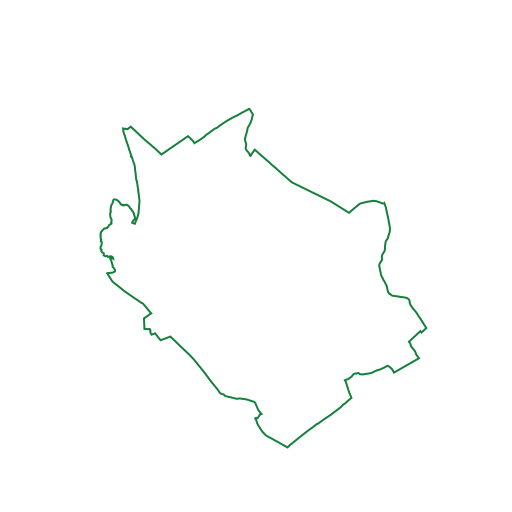 the district of Romani, Neamt, Romania, rotated 320°
{"feature_id": "2599482B46958665010452", "entity_name": "Romani", "entity_type": "district", "adm_level": 2, "iso_a3": "ROU", "parent_name": "Romania", "parent_adm1": "Neamt", "projection": "natural_earth1", "projection_center": [26.711, 46.815], "detail": "fine", "context": "isolated", "style": "outline", "palette": "green", "viewbox_px": 512, "rotation_deg": 320, "n_neighbors": 0, "source": "geoboundaries", "source_scale": "gbopen_adm2", "svg_char_len": 6133}
<svg xmlns="http://www.w3.org/2000/svg" viewBox="0 0 512 512"><g transform="rotate(320 256 256)"><path d="M340.1,420.7L341.6,410.0L342.0,405.7L342.5,402.8L342.5,396.7L342.5,396.4L342.7,396.1L342.8,395.4L342.8,393.9L342.8,393.2L343.1,392.2L343.7,390.5L344.4,389.8L344.7,389.4L344.8,389.1L345.1,387.9L345.0,386.4L344.8,385.6L344.1,384.4L343.4,383.5L342.3,382.3L341.2,381.0L340.0,379.8L338.4,377.8L335.9,375.2L334.6,373.4L334.3,370.9L333.8,370.7L333.9,369.2L334.4,367.5L336.6,363.6L337.0,362.4L337.7,359.4L338.0,358.2L338.1,357.7L338.1,356.4L338.7,354.9L338.8,353.8L339.6,350.9L339.9,350.2L340.6,349.2L342.3,346.0L343.4,344.1L343.8,343.0L344.6,342.2L345.4,341.6L346.5,341.1L349.2,340.2L350.2,340.0L350.7,339.4L351.6,337.8L352.5,336.9L353.8,336.1L356.9,335.1L358.2,334.5L359.7,333.2L360.4,332.1L361.2,331.3L364.2,328.7L364.8,328.3L365.6,327.9L368.4,327.2L370.8,325.4L373.3,323.9L375.4,322.1L376.9,320.1L378.8,316.9L381.7,311.7L386.8,302.0L387.8,299.5L388.0,298.7L388.3,297.9L387.6,297.9L387.0,297.5L386.7,297.0L385.0,293.9L383.5,291.5L382.3,290.0L380.9,288.8L380.3,288.4L378.4,287.5L377.1,286.5L369.9,282.9L368.6,282.7L361.9,282.6L355.0,282.7L348.4,262.3L331.0,223.1L330.0,217.9L329.7,215.0L328.8,209.9L327.7,201.8L326.7,196.1L326.3,192.2L326.0,191.0L325.0,184.2L324.6,182.5L324.4,180.3L324.1,179.2L324.1,178.3L323.3,173.7L317.8,175.2L316.4,175.8L316.2,175.8L315.9,175.3L315.9,175.0L316.0,174.8L316.4,174.1L316.5,173.7L316.8,171.4L316.7,169.0L317.1,167.1L317.3,166.8L319.7,164.8L320.4,163.9L320.7,163.5L321.1,162.1L321.6,161.3L322.5,159.3L323.4,158.8L326.4,156.6L329.1,154.9L331.7,152.7L334.2,151.6L336.0,151.1L337.5,150.4L340.9,148.4L343.5,146.3L344.6,145.8L345.0,142.6L345.3,141.3L345.5,139.1L345.3,138.9L344.8,138.8L341.4,138.1L337.8,137.3L332.4,136.3L328.5,135.3L326.2,134.8L319.4,133.6L313.1,132.9L308.6,132.7L305.8,131.9L299.9,131.6L298.2,131.4L295.2,131.2L294.4,131.2L294.1,131.4L293.3,131.4L288.2,131.0L281.4,130.0L281.6,129.0L281.6,127.0L281.3,123.0L280.9,120.5L259.9,118.5L248.8,117.5L247.8,108.9L245.4,94.8L243.2,76.4L239.1,76.3L236.2,72.9L235.3,74.3L235.0,74.7L234.8,74.7L234.6,75.1L233.7,77.1L232.7,79.9L231.7,81.9L229.4,87.7L229.3,88.3L229.1,88.6L228.7,89.5L228.3,90.8L227.6,92.2L226.8,94.2L224.8,99.3L224.4,99.3L224.2,99.4L224.6,100.0L224.5,100.3L224.1,101.4L222.7,104.8L221.2,108.7L220.7,109.6L219.3,111.5L216.1,116.5L215.6,117.1L213.2,120.8L213.0,121.3L212.9,122.0L208.7,128.9L208.1,130.1L207.7,130.2L207.3,130.9L206.6,132.1L203.0,137.7L202.1,139.0L194.0,147.2L192.5,148.5L190.1,150.1L183.9,153.4L182.5,151.1L182.5,150.8L182.7,150.7L183.9,150.2L185.2,149.9L186.8,149.7L187.3,149.4L187.9,148.9L188.2,148.5L188.7,147.0L189.0,146.5L189.4,145.3L189.9,144.7L190.1,143.6L190.2,143.3L190.1,142.1L190.4,141.6L190.4,141.0L190.3,140.3L190.3,139.9L190.5,139.3L190.3,137.9L190.7,136.6L190.5,135.5L190.5,135.3L189.9,133.9L189.6,133.3L187.0,132.1L187.3,131.5L186.0,130.6L186.0,130.3L185.7,129.8L186.0,127.1L186.0,126.6L186.1,126.4L185.7,125.3L185.6,124.2L185.4,123.6L185.2,123.1L184.3,122.0L183.9,121.6L183.2,121.3L182.9,121.4L182.0,121.9L179.6,123.6L179.3,123.7L178.3,123.8L176.8,124.8L176.3,125.3L175.6,125.8L174.3,127.1L173.9,127.9L173.3,128.3L173.0,129.0L172.3,129.3L172.1,129.3L171.6,129.7L171.6,129.8L171.3,130.0L169.4,132.7L168.7,135.4L167.2,137.0L166.5,137.3L166.2,138.1L166.1,138.3L163.7,137.9L163.1,137.9L162.1,138.5L161.8,138.6L160.9,138.5L160.0,138.8L158.1,137.9L157.5,137.4L156.8,137.4L153.9,137.9L152.7,138.0L152.1,138.3L152.0,138.7L151.1,139.2L150.8,139.5L150.5,139.8L150.5,140.1L150.4,140.3L150.0,140.5L150.0,140.9L149.0,141.7L148.6,142.3L148.3,143.2L148.0,143.3L147.9,143.6L147.8,144.2L147.4,144.4L146.7,145.0L146.9,145.3L146.7,146.4L144.8,148.2L142.5,149.4L141.7,150.3L141.4,151.0L141.4,151.5L141.7,151.9L140.9,152.5L140.6,152.9L140.5,153.6L140.5,154.4L140.9,155.3L141.1,155.9L141.1,156.3L140.9,156.6L140.0,157.3L139.7,157.6L140.4,159.3L140.9,159.6L141.5,159.9L142.0,160.2L142.1,160.6L142.1,161.6L144.1,162.5L145.0,163.3L145.4,164.6L145.3,165.3L145.0,165.6L144.8,166.1L144.5,165.3L143.7,164.2L143.1,163.9L142.5,164.6L142.3,165.9L141.9,167.1L141.2,168.4L140.5,170.0L140.5,170.7L139.2,172.1L139.2,172.7L139.4,173.5L139.4,174.1L139.2,175.0L139.1,175.6L138.7,176.7L138.3,177.0L136.9,177.0L134.9,176.3L134.0,175.5L132.8,174.8L131.5,173.8L130.9,173.6L129.6,183.2L132.7,198.8L134.8,206.5L136.5,212.4L137.6,216.3L138.0,218.0L138.6,219.1L138.8,219.9L138.9,224.7L138.8,229.7L138.8,231.7L138.9,232.6L130.1,231.8L123.7,240.1L124.0,240.3L124.1,240.6L124.4,241.0L124.9,241.2L125.2,241.5L125.8,242.2L126.6,242.9L127.5,243.3L127.7,243.7L127.3,244.3L127.4,245.1L126.2,246.2L126.1,246.4L126.0,246.9L125.7,247.4L125.4,249.1L129.0,250.4L128.8,256.0L128.8,259.2L138.6,262.7L139.3,268.4L139.6,271.9L141.5,288.9L141.9,295.2L141.6,311.8L140.9,323.7L140.8,332.3L140.8,333.2L140.7,334.4L140.7,335.1L140.5,336.2L140.4,337.6L140.6,338.9L141.0,339.6L142.3,341.4L142.3,342.9L142.6,343.7L144.2,345.9L144.4,346.4L145.6,347.7L147.0,349.8L149.7,353.3L151.0,353.9L152.5,355.2L155.5,358.7L156.4,359.5L160.6,366.2L161.0,367.0L161.0,367.5L160.6,369.2L159.5,372.9L158.8,375.1L158.6,379.6L158.6,380.5L157.9,380.1L157.2,380.0L153.6,381.1L152.6,381.0L152.1,380.4L151.5,379.9L151.1,379.9L150.9,380.0L150.7,381.8L150.4,382.6L149.6,384.3L148.8,387.4L148.0,394.1L148.0,395.7L148.2,398.9L148.4,400.2L148.9,401.7L150.6,405.8L157.1,422.9L160.5,422.6L163.4,422.7L174.5,422.9L183.4,423.2L189.8,423.7L194.6,423.8L195.6,424.3L202.9,424.8L211.3,425.7L224.0,426.3L227.8,425.8L228.8,426.2L233.0,426.0L237.9,426.0L239.7,420.4L241.1,416.8L243.9,410.3L244.2,408.3L246.2,409.0L247.6,409.6L249.0,409.6L251.4,409.9L254.2,409.3L254.9,409.3L255.7,409.4L257.5,410.6L258.6,411.0L259.1,411.3L259.4,411.9L259.4,412.8L259.9,413.6L261.4,415.1L262.7,416.0L264.8,417.2L267.9,419.1L269.1,419.7L271.0,420.3L274.2,421.0L275.1,421.3L278.4,422.8L282.0,423.7L283.3,424.1L286.1,424.6L286.3,424.7L286.6,425.2L286.8,426.3L287.1,426.9L287.3,428.6L287.4,430.3L287.2,432.1L286.7,434.0L315.1,439.1L315.3,435.7L315.6,433.6L316.3,432.5L316.6,430.5L316.7,425.5L316.9,424.6L317.3,423.7L318.0,421.4L318.0,420.0L333.7,419.2L333.6,421.0L340.1,420.7Z" fill="none" stroke="#15803d" stroke-width="2"/></g></svg>